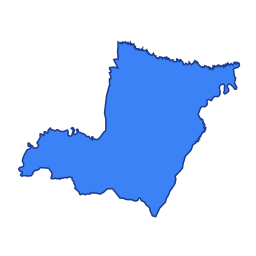 outline of Tha Tum, Surin, Thailand, rotated 6°
{"feature_id": "78962969B22875255730199", "entity_name": "Tha Tum", "entity_type": "district", "adm_level": 2, "iso_a3": "THA", "parent_name": "Thailand", "parent_adm1": "Surin", "projection": "albers", "projection_center": [103.652, 15.311], "detail": "fine", "context": "isolated", "style": "filled", "palette": "blue", "viewbox_px": 256, "rotation_deg": 6, "n_neighbors": 0, "source": "geoboundaries", "source_scale": "gbopen_adm2", "svg_char_len": 5758}
<svg xmlns="http://www.w3.org/2000/svg" viewBox="0 0 256 256"><g transform="rotate(6 128 128)"><path d="M164.8,213.3L167.9,204.3L172.9,197.8L173.6,193.8L175.2,190.5L176.1,186.8L179.7,180.2L180.6,178.0L180.9,173.5L180.2,172.1L180.0,170.8L184.7,164.8L186.4,162.1L186.5,157.9L188.0,150.0L193.1,143.2L194.3,137.8L196.5,136.3L197.1,135.1L196.9,134.5L197.6,134.5L198.1,133.7L198.7,134.2L199.6,133.5L198.9,132.7L199.1,131.7L200.1,131.6L199.4,130.7L200.6,129.6L200.3,129.0L201.1,128.8L200.9,127.7L201.5,127.4L201.6,126.4L202.7,125.0L202.5,124.4L203.6,124.3L203.9,123.6L204.7,123.5L204.2,121.8L205.1,121.6L204.4,120.8L204.9,120.7L204.9,119.8L205.4,119.7L205.2,119.3L203.4,119.3L204.1,117.0L203.0,116.6L203.2,115.5L202.1,115.4L202.2,113.5L201.4,112.8L201.3,111.7L199.4,111.1L199.2,111.5L196.3,107.0L198.1,100.3L199.3,99.0L202.3,98.7L203.7,97.6L204.3,95.8L203.6,93.0L203.9,91.8L205.5,91.2L207.5,92.0L208.3,91.9L209.0,89.7L210.2,88.2L211.3,87.5L214.1,87.4L215.0,86.7L216.0,84.6L215.7,81.7L214.9,79.7L214.6,77.7L215.0,76.3L216.1,75.1L218.2,74.4L219.7,75.3L219.7,79.2L220.1,80.6L219.5,82.3L219.8,83.4L220.5,84.0L222.5,82.9L224.3,80.8L224.1,79.0L222.4,76.6L222.6,74.7L223.2,73.9L224.4,73.6L226.7,74.8L228.7,76.5L230.0,78.2L231.0,78.3L231.8,77.7L232.0,76.5L229.1,71.8L229.9,67.3L228.2,64.8L226.8,58.5L227.3,57.6L230.2,56.6L231.9,55.1L232.3,54.2L231.8,52.1L229.0,51.1L229.7,51.6L229.9,52.5L229.0,52.9L229.0,51.9L228.1,52.3L227.5,51.3L227.0,51.6L227.4,52.6L226.4,52.4L225.5,54.5L223.8,53.2L223.6,53.5L224.0,53.8L223.2,53.9L222.5,54.8L221.3,54.5L221.2,53.5L220.6,53.1L220.8,54.8L219.5,55.0L219.6,54.2L218.9,54.1L219.3,55.6L218.9,55.8L218.4,55.4L218.1,56.7L217.5,55.6L216.8,56.8L216.8,55.8L216.2,55.4L215.0,56.4L214.4,56.4L213.9,57.4L213.1,57.2L213.2,56.5L211.9,55.9L211.5,56.0L210.8,57.5L210.2,56.6L209.9,57.3L208.7,58.0L208.1,57.3L207.0,57.0L206.7,57.5L207.3,58.0L207.3,58.5L206.9,58.8L206.3,58.2L206.7,60.0L205.8,59.5L205.4,61.0L204.2,60.3L203.3,61.1L203.1,60.7L203.7,59.5L203.1,59.3L202.2,59.9L201.8,58.6L200.6,59.1L199.5,58.3L197.5,58.2L197.5,59.6L196.5,60.0L195.9,59.3L195.4,59.9L194.2,59.5L191.7,57.6L191.0,56.7L190.8,55.8L189.5,54.9L189.1,55.7L188.5,54.5L187.8,54.1L187.9,55.0L186.9,54.9L186.9,56.3L185.8,56.7L184.7,58.4L183.8,58.0L181.9,56.0L181.7,57.6L180.8,58.9L178.7,57.5L177.4,59.3L176.5,59.1L175.8,57.2L173.1,54.5L172.4,54.9L172.8,55.9L172.3,56.6L170.2,54.6L169.2,54.3L169.1,54.8L169.7,55.6L169.8,56.5L166.9,57.4L166.2,56.9L166.1,55.9L165.5,55.4L162.9,56.6L162.4,55.6L161.8,55.6L161.7,54.6L160.9,54.5L160.7,55.7L159.2,55.3L158.9,54.8L159.5,53.8L158.9,53.3L158.4,53.6L158.0,55.1L157.0,54.0L156.1,54.7L155.3,54.4L154.9,55.3L154.5,54.3L152.2,53.9L152.2,54.6L151.8,54.6L151.7,55.6L150.3,56.0L150.0,55.0L148.1,54.9L148.1,53.5L147.5,53.7L146.4,52.8L145.7,51.5L145.6,51.9L144.9,51.9L145.1,52.5L144.0,53.2L142.4,52.4L141.9,52.7L141.4,52.0L140.8,52.2L140.6,51.2L139.9,51.2L140.1,50.5L139.0,50.1L139.0,49.4L138.2,49.9L138.2,48.5L137.8,48.9L134.4,49.4L134.8,48.8L134.0,48.4L134.0,47.4L133.5,48.3L133.6,48.8L132.6,49.1L132.2,48.6L131.8,49.1L131.4,48.6L130.5,49.2L130.2,48.3L129.5,48.8L129.2,48.2L128.2,48.8L128.4,48.2L127.6,48.3L127.1,47.8L125.9,47.5L126.0,47.0L126.7,47.0L127.0,46.4L125.2,44.8L124.9,43.8L123.6,44.9L122.2,45.0L122.5,44.4L123.3,44.4L123.4,44.1L122.4,43.6L121.6,43.9L121.2,42.8L120.9,43.9L120.0,44.6L119.1,44.4L119.4,43.5L119.0,42.9L118.1,44.1L116.6,42.7L116.3,43.5L115.5,43.1L115.1,43.6L113.6,43.1L113.1,44.0L113.6,44.4L113.3,44.8L112.9,44.2L112.6,44.5L112.0,43.8L111.3,44.4L109.1,43.5L109.6,48.3L109.7,54.0L110.8,57.8L110.5,57.9L111.1,60.2L106.7,61.4L111.7,69.3L107.6,68.9L103.4,69.8L103.3,70.2L103.8,71.7L104.4,71.5L105.5,74.1L103.7,74.9L105.2,77.8L105.7,81.0L104.5,81.1L104.8,84.8L105.6,87.6L104.9,87.9L103.3,98.3L103.1,115.7L105.1,121.6L106.2,132.9L104.3,134.7L101.5,139.8L99.5,142.2L97.9,142.8L95.5,142.4L94.2,143.4L93.6,143.2L94.2,141.1L93.9,140.5L93.1,140.5L92.7,142.2L91.7,142.5L90.0,140.5L87.9,140.8L85.5,138.8L79.4,137.1L79.0,136.7L78.6,135.0L77.9,134.5L77.2,134.7L76.9,135.4L78.1,137.1L77.9,138.3L76.5,139.7L75.1,140.2L74.4,139.0L75.0,136.1L74.0,134.0L72.9,133.4L72.0,133.8L71.7,134.5L73.5,135.7L73.8,136.9L72.8,141.3L71.5,142.3L69.2,141.5L68.8,137.9L68.3,136.7L67.7,136.4L64.1,138.3L60.8,138.3L58.2,137.0L56.9,137.5L56.2,138.3L55.3,138.4L53.6,137.7L51.9,137.9L51.1,136.3L50.6,136.2L48.8,138.6L49.0,140.6L48.7,141.5L48.0,141.6L46.9,140.4L45.1,140.6L45.3,142.5L44.9,144.4L44.4,144.4L44.1,143.6L43.3,143.3L41.6,143.0L41.1,143.4L41.8,146.7L41.0,147.6L40.7,149.1L39.0,152.1L40.7,154.4L40.6,155.9L39.9,156.9L36.5,158.0L34.8,155.9L32.5,154.7L31.6,153.5L30.8,153.3L30.2,153.7L30.6,156.4L31.6,156.8L33.1,156.2L33.4,156.7L33.3,157.9L32.6,158.8L29.8,160.4L27.5,166.0L26.6,169.4L26.4,171.9L28.1,174.8L28.1,176.8L27.5,177.5L24.6,178.5L23.9,179.4L23.7,180.8L25.4,182.5L26.6,182.4L27.4,182.9L27.6,184.2L26.3,185.0L26.1,186.1L27.6,186.6L27.6,187.0L29.0,186.3L32.1,186.1L33.0,186.5L33.8,186.0L36.4,185.8L37.9,184.0L38.6,181.3L40.5,179.6L41.3,179.8L43.6,178.5L45.0,176.5L52.8,176.3L53.6,176.6L57.0,180.5L57.3,182.5L56.7,185.6L57.0,186.4L59.6,186.2L60.9,185.5L62.8,186.0L63.8,185.2L65.3,186.0L65.6,185.5L66.4,185.4L66.5,184.8L67.5,184.6L67.8,184.9L69.5,184.3L69.9,183.8L72.7,184.0L72.8,183.5L75.1,182.8L77.5,183.3L77.9,185.4L79.6,186.9L80.0,188.5L81.8,191.3L81.9,192.2L81.4,193.4L85.6,196.5L87.2,199.2L88.4,199.1L89.8,197.9L92.3,198.9L94.4,197.7L96.4,197.8L97.7,197.3L97.6,196.4L98.0,196.0L100.2,196.4L103.0,196.0L107.3,196.6L110.4,194.5L113.8,190.6L118.7,190.1L120.3,191.2L127.3,198.5L131.5,198.4L132.3,199.0L134.3,199.3L139.5,198.9L141.2,199.6L143.3,199.8L145.0,199.1L146.2,196.7L147.6,196.6L148.7,198.7L151.9,199.8L154.3,202.8L156.8,204.2L157.9,205.4L159.1,209.0L160.2,210.4L161.3,212.7L164.8,213.3Z" fill="#3b82f6" stroke="#1e3a8a" stroke-width="1.5"/></g></svg>